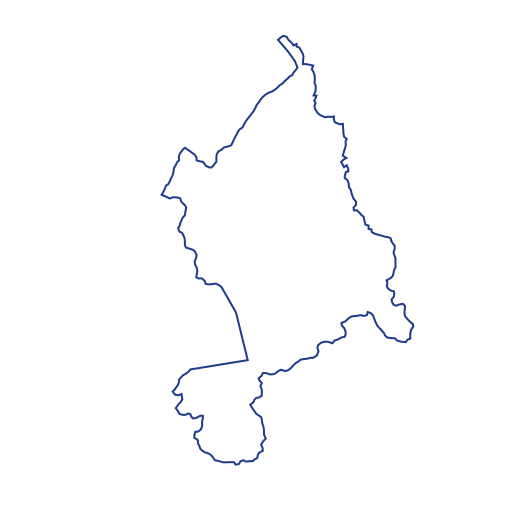 the district of Mimoso do Sul, Espírito Santo, Brazil, rotated 238°
{"feature_id": "56859067B70234229782601", "entity_name": "Mimoso do Sul", "entity_type": "district", "adm_level": 2, "iso_a3": "BRA", "parent_name": "Brazil", "parent_adm1": "Espírito Santo", "projection": "mercator", "projection_center": [-41.385, -21.065], "detail": "fine", "context": "isolated", "style": "outline", "palette": "blue", "viewbox_px": 512, "rotation_deg": 238, "n_neighbors": 0, "source": "geoboundaries", "source_scale": "gbopen_adm2", "svg_char_len": 5245}
<svg xmlns="http://www.w3.org/2000/svg" viewBox="0 0 512 512"><g transform="rotate(238 256 256)"><path d="M89.8,128.2L88.7,131.4L90.1,133.9L89.5,137.1L87.1,138.3L85.6,141.3L83.7,144.8L84.3,147.1L83.9,149.9L86.5,152.3L87.5,154.6L87.2,158.5L89.8,159.9L93.3,160.4L95.0,163.6L96.0,167.5L100.4,168.2L103.6,170.2L106.9,171.7L110.7,172.7L114.4,174.3L116.7,175.0L118.8,174.0L121.8,172.7L125.8,172.4L129.8,172.2L132.9,172.4L133.4,176.2L135.0,178.7L135.5,181.0L134.5,183.3L134.4,186.7L136.8,188.4L138.8,189.7L140.9,190.4L143.3,190.8L145.1,193.5L148.3,193.0L150.9,193.3L151.4,197.0L153.1,199.9L151.3,202.6L148.2,205.1L146.5,208.1L146.2,210.9L146.6,213.4L146.4,216.8L143.5,219.2L142.2,221.9L142.2,225.0L142.9,227.6L143.6,230.5L144.2,233.0L144.0,235.7L144.5,238.6L143.3,241.9L141.4,245.9L140.9,248.2L139.4,250.2L139.4,255.0L142.2,258.6L145.6,259.4L147.4,261.2L148.0,264.7L147.4,267.3L146.2,270.2L144.1,272.5L141.5,274.6L142.7,277.9L141.8,281.3L141.7,285.0L140.5,288.5L142.1,290.5L144.0,291.7L146.2,292.3L148.5,292.6L151.4,292.0L153.9,292.9L153.2,297.4L154.3,302.3L153.8,305.8L152.1,309.1L150.4,313.4L148.0,315.7L147.1,318.8L149.3,321.0L147.0,323.0L143.6,323.8L139.9,323.0L136.1,322.3L133.2,321.9L130.5,322.3L127.1,323.0L122.8,323.7L120.1,323.3L117.2,324.2L115.3,326.3L113.9,328.4L112.5,330.3L109.5,330.9L106.4,333.7L103.6,337.4L104.8,340.4L104.2,343.1L106.5,344.4L109.3,346.4L111.5,348.9L112.9,352.1L115.2,353.0L117.6,352.0L120.2,351.4L122.5,351.0L125.8,350.5L128.5,351.4L132.0,353.8L134.5,355.9L137.6,355.3L138.9,352.0L139.5,348.6L141.6,346.9L145.0,347.0L147.3,348.0L148.5,351.4L150.8,353.3L152.9,354.2L154.7,352.4L158.0,350.8L160.9,350.8L163.6,353.3L166.2,353.8L165.9,358.6L166.8,361.8L170.7,365.5L172.6,368.4L176.3,370.6L179.8,372.9L182.8,373.7L185.6,374.2L187.3,375.8L188.7,377.6L191.2,379.0L194.0,378.7L196.8,378.7L199.8,379.6L202.2,377.8L204.0,375.6L206.7,373.3L209.8,370.4L211.6,368.8L214.8,366.9L217.4,367.9L219.3,365.8L222.1,367.6L224.6,365.4L227.3,366.3L232.3,368.1L234.6,367.2L237.7,366.7L241.4,365.8L242.8,363.2L245.3,364.3L246.3,367.8L249.1,369.6L253.3,369.1L256.1,369.7L258.6,370.3L261.6,371.4L265.3,371.4L268.6,373.2L272.1,373.7L275.2,372.6L277.3,374.2L279.6,376.8L278.8,379.2L281.4,380.5L284.9,381.0L284.7,377.7L288.1,378.0L290.7,378.0L291.4,382.1L291.2,384.6L295.1,382.8L297.5,385.4L302.1,390.7L305.8,392.7L307.3,395.0L310.5,393.9L313.8,395.2L316.1,396.5L318.7,397.9L322.1,399.7L323.4,396.6L325.6,395.2L327.7,393.7L330.5,394.4L333.0,396.0L334.2,393.4L336.0,390.8L336.9,388.1L339.4,386.5L341.5,385.1L344.8,384.0L347.2,384.1L349.5,383.9L352.5,385.3L354.0,387.6L356.8,387.6L358.4,390.3L360.0,392.2L361.6,389.9L363.9,393.5L366.7,395.6L368.8,396.9L371.6,397.2L374.6,399.5L377.7,401.3L381.7,402.3L384.9,402.3L387.2,405.4L389.7,402.8L391.9,400.5L393.9,397.5L396.8,399.5L399.7,401.8L402.2,402.8L405.8,403.0L409.7,403.2L412.1,401.4L414.3,402.7L414.7,399.4L417.8,399.3L421.8,398.1L425.7,398.1L428.3,395.8L428.2,392.7L427.6,389.2L413.7,391.4L400.7,392.3L397.7,391.7L393.8,391.0L392.6,388.0L391.6,384.7L390.1,382.5L390.5,380.1L389.7,376.9L389.1,373.1L388.2,369.4L388.3,367.0L387.5,363.7L387.0,360.5L387.0,357.2L387.8,352.7L387.7,348.8L387.2,345.5L386.2,342.6L384.7,339.7L383.8,336.7L382.1,334.2L380.5,331.3L379.2,328.3L378.1,325.3L377.1,322.5L375.8,319.0L374.0,315.7L372.2,312.8L372.1,309.4L371.1,306.7L369.8,304.6L368.6,302.5L367.0,299.7L365.0,296.8L363.0,293.6L363.5,291.2L364.4,288.4L365.0,285.8L364.4,283.2L364.7,279.7L363.0,276.5L360.0,274.2L357.0,272.5L356.2,270.1L355.3,267.8L354.7,265.0L356.1,263.1L358.9,261.4L361.7,261.1L363.9,260.9L366.1,258.5L368.7,256.3L371.1,257.8L374.3,257.7L377.6,256.4L380.5,255.3L383.3,254.0L385.4,253.2L385.2,250.8L384.2,248.4L383.3,245.8L381.2,243.2L378.0,241.6L377.2,238.5L375.5,236.0L374.0,233.0L371.3,230.8L368.6,228.0L366.6,224.6L364.5,221.7L363.3,219.2L363.4,216.9L361.6,214.8L359.8,211.9L357.8,208.4L354.0,211.2L350.4,213.4L349.9,216.4L348.8,218.3L347.0,220.7L345.0,222.3L341.8,221.5L339.0,221.9L336.6,222.7L334.0,222.4L330.7,219.3L328.3,217.4L327.3,214.0L325.3,211.2L324.0,209.2L322.2,207.4L320.8,204.7L317.3,203.9L315.0,205.6L312.7,205.5L309.1,204.9L305.3,203.0L302.7,201.4L300.2,201.1L297.4,203.6L294.9,205.6L292.4,206.6L288.5,206.2L286.1,204.3L284.0,201.2L280.8,199.7L278.0,199.6L274.7,198.5L272.1,196.3L269.6,194.0L267.4,195.4L265.7,198.2L262.2,199.3L259.0,198.5L257.1,200.7L255.4,203.8L253.9,207.3L251.1,209.0L248.4,210.2L246.2,210.2L219.0,209.1L214.7,207.8L172.1,193.8L173.6,190.1L177.3,181.4L182.8,168.2L183.9,165.7L185.3,162.3L188.0,155.8L194.6,140.2L193.6,137.3L193.4,133.8L193.5,130.8L192.6,127.4L191.7,124.9L189.7,123.7L188.0,121.4L187.0,118.8L185.8,116.3L185.2,113.5L181.3,113.9L179.0,116.3L178.5,119.6L175.5,118.5L173.5,117.5L172.2,115.2L171.3,111.6L169.5,107.3L166.0,107.6L162.6,107.4L160.1,109.7L158.7,112.0L158.4,115.1L156.5,116.5L154.3,116.0L151.7,116.5L150.5,118.7L150.2,121.9L150.0,124.3L148.6,126.3L146.5,124.9L144.1,122.5L141.6,121.1L139.8,119.6L138.0,117.2L137.9,113.3L139.1,111.3L136.4,108.5L134.3,107.3L132.3,108.6L130.2,109.0L127.5,107.4L124.8,107.4L122.4,106.6L120.0,107.1L117.1,108.3L114.7,110.2L112.9,111.6L110.8,112.4L107.6,112.8L104.5,113.0L102.3,115.3L100.0,117.4L98.1,119.2L96.7,121.7L94.6,125.3L92.8,128.1L89.8,128.2Z" fill="none" stroke="#1e3a8a" stroke-width="2"/></g></svg>